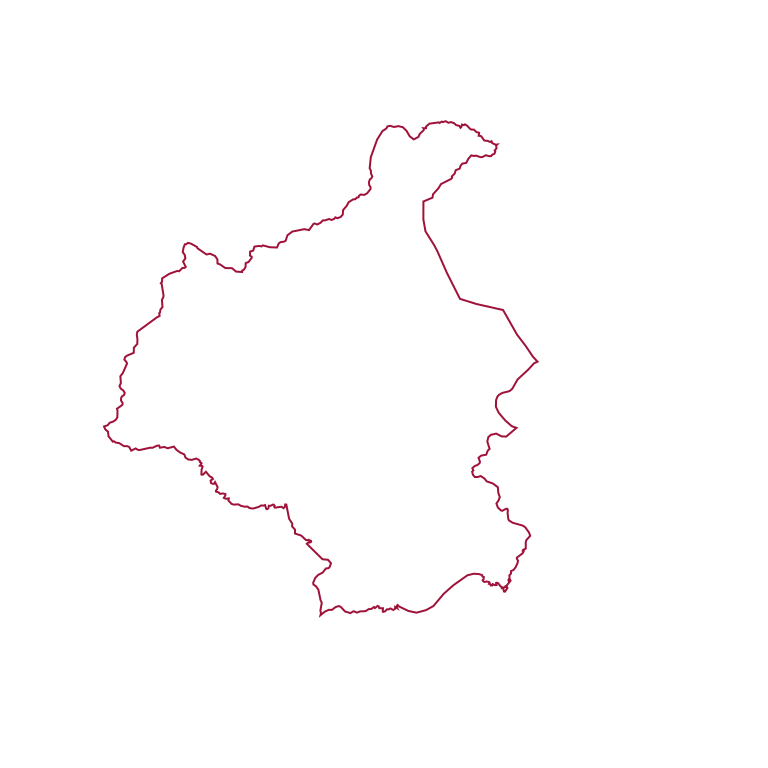 Olmedo, Manabi, Ecuador, rotated 319°
{"feature_id": "8360857B9236921602752", "entity_name": "Olmedo", "entity_type": "district", "adm_level": 2, "iso_a3": "ECU", "parent_name": "Ecuador", "parent_adm1": "Manabi", "projection": "albers", "projection_center": [-80.217, -1.371], "detail": "fine", "context": "isolated", "style": "outline", "palette": "rose", "viewbox_px": 768, "rotation_deg": 319, "n_neighbors": 0, "source": "geoboundaries", "source_scale": "gbopen_adm2", "svg_char_len": 6166}
<svg xmlns="http://www.w3.org/2000/svg" viewBox="0 0 768 768"><g transform="rotate(319 384 384)"><path d="M258.5,577.9L267.3,582.2L275.6,584.0L291.5,581.5L304.4,581.4L321.5,583.1L327.3,586.1L331.0,589.8L332.7,592.6L332.0,593.8L332.7,595.2L331.0,596.7L329.7,596.8L329.5,598.1L329.9,599.3L332.0,600.5L333.5,602.5L333.3,603.4L332.1,603.7L333.0,605.4L332.5,606.2L333.7,607.1L334.8,606.4L335.8,608.6L337.1,609.5L338.0,607.7L338.9,608.1L339.5,609.4L339.2,613.1L339.7,614.4L339.0,615.3L341.4,616.3L339.9,616.5L338.4,619.3L339.0,620.1L343.3,619.0L343.6,618.0L342.5,616.9L343.0,616.3L344.3,616.6L350.5,615.5L350.7,614.6L348.9,614.4L349.2,613.6L351.6,612.7L353.0,610.7L355.4,610.4L357.1,608.5L359.6,609.3L363.0,608.7L367.4,606.7L369.2,605.3L369.7,602.8L370.6,602.2L377.7,602.7L379.1,602.1L379.1,601.3L380.1,601.5L380.2,600.5L383.0,601.2L387.1,596.5L389.0,595.2L394.7,594.5L396.0,591.3L396.6,584.6L395.7,581.7L390.1,573.2L388.8,568.9L389.4,567.1L393.1,561.9L394.5,560.8L395.2,559.2L394.4,558.3L390.1,557.3L389.4,556.4L388.9,552.0L390.4,548.0L394.4,546.9L397.2,545.3L398.8,541.2L402.2,536.6L400.9,530.5L397.6,524.8L397.8,521.2L396.6,516.9L393.9,515.8L391.5,513.8L391.6,510.8L393.0,508.0L394.8,507.8L395.4,505.5L398.8,505.4L401.2,506.4L404.2,506.5L405.5,505.5L406.9,501.7L410.3,501.8L414.8,504.4L418.7,502.3L421.1,502.3L424.2,495.2L427.9,492.5L431.3,492.5L436.1,495.0L438.4,500.7L441.8,503.9L455.2,504.0L452.8,499.8L451.6,491.3L451.7,481.0L453.5,474.6L458.0,469.7L461.4,467.9L463.7,467.6L467.3,468.3L474.0,471.7L477.6,471.8L487.8,468.2L501.8,467.8L510.8,466.8L514.5,467.9L514.3,461.1L515.9,448.2L516.8,434.0L522.4,406.3L506.2,384.2L497.2,369.6L504.4,341.3L511.2,319.4L512.9,312.4L515.5,295.9L521.7,285.6L533.5,272.1L542.9,275.2L545.4,273.0L553.9,271.9L558.2,270.5L569.4,273.3L570.9,272.9L571.4,271.8L575.3,271.6L578.4,269.7L582.4,271.1L584.8,269.6L587.6,269.0L591.0,271.1L595.3,269.4L599.9,268.7L601.6,271.1L603.1,271.8L605.8,276.3L607.3,277.3L611.0,278.2L612.8,281.1L614.5,282.3L616.2,281.9L618.2,282.7L620.4,281.7L620.7,280.4L623.6,279.9L625.0,277.6L626.5,277.5L625.3,276.7L623.7,273.2L624.4,271.3L622.8,270.9L621.8,268.6L619.4,266.0L619.9,261.3L619.7,260.2L618.3,258.8L620.6,256.8L619.1,254.6L618.7,250.9L617.0,249.5L616.4,248.1L616.2,243.6L615.4,241.1L614.1,241.0L613.0,239.4L611.0,240.8L609.8,240.8L610.2,238.6L608.3,235.9L608.0,233.2L606.4,230.3L604.0,229.1L603.0,226.2L600.2,224.9L599.8,223.9L597.1,223.4L596.9,222.4L589.0,217.3L584.6,217.3L583.5,218.5L581.6,216.8L581.6,217.7L580.3,218.5L575.2,218.7L572.1,220.1L566.9,218.9L565.9,213.9L567.1,207.7L566.7,202.6L564.1,198.9L560.2,196.6L557.9,193.1L555.7,191.9L553.1,192.7L548.8,192.1L539.2,195.0L522.8,204.2L514.7,211.8L514.1,214.4L512.4,216.3L511.3,219.7L509.3,220.5L507.6,220.3L505.0,221.8L503.4,224.1L503.0,226.6L501.8,228.0L496.3,229.0L493.3,228.4L490.6,225.6L488.6,225.6L487.2,226.4L485.8,225.5L483.6,225.7L481.8,224.4L476.5,223.6L473.1,225.0L467.2,225.9L464.0,229.1L460.8,229.5L457.6,228.3L456.6,226.3L455.0,226.7L452.0,225.8L450.9,223.5L446.8,221.8L445.2,220.4L441.9,220.7L438.2,219.8L437.0,217.4L435.8,216.9L428.4,218.7L425.5,214.9L414.8,208.8L408.7,208.4L403.7,211.4L402.0,211.0L398.9,209.0L396.7,208.9L392.8,210.8L387.6,205.9L383.5,199.9L381.9,199.8L380.1,197.7L376.4,195.3L372.8,197.5L369.9,196.2L367.1,199.2L367.6,201.1L366.9,202.0L361.8,203.1L359.0,202.0L356.2,204.9L353.3,205.8L351.4,205.4L350.4,206.4L346.1,202.1L345.3,196.9L340.3,192.4L338.8,186.4L337.4,183.8L340.0,180.7L340.5,176.6L338.2,171.5L335.0,169.8L332.3,159.3L332.7,157.8L330.4,151.4L328.7,148.9L326.3,148.7L325.3,147.9L322.0,149.7L318.6,152.5L318.3,155.9L316.4,159.0L312.7,159.7L311.2,165.6L309.8,165.6L308.0,164.2L303.3,164.5L302.1,163.0L294.3,160.0L285.9,158.7L283.4,161.3L281.7,161.5L281.8,162.7L275.8,172.4L274.4,173.7L271.6,174.8L267.3,180.6L264.2,181.1L261.8,183.1L260.7,183.2L259.3,185.4L256.3,184.7L232.2,182.7L229.7,184.7L227.5,188.2L224.1,191.9L219.0,192.5L215.6,196.3L209.0,194.1L206.4,193.8L204.1,195.2L204.0,198.7L203.4,200.0L194.1,204.4L190.1,205.2L186.1,210.6L183.0,212.0L182.3,214.7L183.0,218.1L182.5,220.6L180.8,221.7L177.7,221.5L176.2,222.3L174.7,223.9L174.2,227.0L173.0,228.1L166.2,227.5L165.3,229.4L160.9,234.2L158.0,235.1L154.7,234.6L151.7,233.3L148.4,233.8L144.8,232.4L143.9,235.4L144.4,238.9L141.8,242.7L141.5,249.6L142.6,250.0L143.2,252.3L145.4,254.9L147.0,260.4L149.2,262.2L150.4,264.2L149.5,268.5L154.3,269.7L155.1,272.3L156.4,273.6L165.8,278.7L167.5,280.3L172.1,281.6L173.9,282.9L173.1,285.1L176.8,287.3L178.6,290.6L184.4,293.4L184.2,297.7L185.3,302.2L187.1,306.2L185.9,309.3L186.7,312.5L189.2,315.2L193.3,317.0L194.5,319.8L194.6,321.5L193.9,321.9L194.3,324.1L191.4,324.8L193.0,326.5L193.0,327.3L190.2,328.9L186.8,332.5L187.7,333.6L192.0,333.4L191.9,339.3L192.9,342.1L192.5,343.5L189.8,343.1L188.5,345.1L189.1,346.7L190.4,347.9L192.1,347.2L190.8,352.6L189.2,353.8L187.0,354.3L186.6,355.1L188.0,357.1L188.2,359.4L190.5,360.8L192.1,363.0L191.2,364.0L188.4,364.9L189.3,366.8L191.8,368.5L190.1,369.9L190.3,374.5L191.6,376.6L195.1,379.2L196.2,382.3L198.3,385.1L200.7,387.1L201.0,389.3L203.3,392.0L208.9,394.6L211.7,395.1L213.2,396.7L214.8,397.3L213.2,400.9L213.5,401.7L215.1,402.0L217.2,400.3L218.4,401.5L221.0,402.1L221.6,402.6L221.6,404.0L220.6,404.5L220.5,405.7L226.1,409.4L226.7,411.8L228.7,411.6L230.4,410.1L231.2,410.9L224.0,423.4L223.2,429.1L221.2,431.2L221.3,435.6L218.7,438.4L222.1,444.1L222.7,450.4L223.8,451.8L225.0,452.2L224.8,452.9L226.0,454.3L225.5,455.3L224.2,455.1L222.8,453.9L220.9,454.0L222.6,475.9L226.4,479.9L226.4,484.5L223.0,486.4L221.3,486.6L219.1,485.1L214.1,486.1L209.0,484.9L204.8,485.3L200.2,487.5L199.2,489.0L200.0,492.3L199.5,496.2L194.3,505.5L193.5,508.3L187.4,513.2L186.1,515.6L184.4,516.8L190.2,517.0L194.3,518.3L196.5,520.3L201.2,520.6L204.2,522.0L205.1,523.6L205.4,530.2L208.3,534.8L212.1,535.6L213.6,538.8L216.7,539.9L221.0,543.3L224.8,543.9L227.0,545.5L230.1,545.7L230.2,547.2L233.6,547.3L234.1,548.5L233.4,550.1L236.1,552.6L233.8,554.8L233.8,555.4L235.8,556.3L238.5,556.0L239.7,557.2L241.6,557.6L242.8,560.7L245.0,560.9L246.1,559.6L246.8,561.7L247.1,560.2L248.2,560.8L248.7,559.7L249.3,559.7L249.4,561.7L253.5,571.3L258.5,577.9Z" fill="none" stroke="#9f1239" stroke-width="2"/></g></svg>